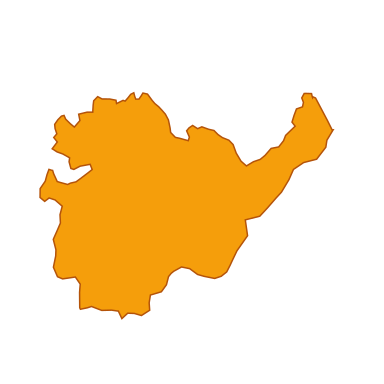 outline of Kios, Paphos, Cyprus, rotated 349°
{"feature_id": "46923920B64078224121545", "entity_name": "Kios", "entity_type": "district", "adm_level": 2, "iso_a3": "CYP", "parent_name": "Cyprus", "parent_adm1": "Paphos", "projection": "robinson", "projection_center": [32.529, 34.971], "detail": "fine", "context": "isolated", "style": "filled", "palette": "amber", "viewbox_px": 384, "rotation_deg": 349, "n_neighbors": 0, "source": "geoboundaries", "source_scale": "gbopen_adm2", "svg_char_len": 2085}
<svg xmlns="http://www.w3.org/2000/svg" viewBox="0 0 384 384"><g transform="rotate(349 192 192)"><path d="M320.9,116.7L317.7,120.6L318.5,125.3L316.7,129.5L310.4,130.4L306.8,136.3L303.5,142.5L305.8,147.1L299.9,150.9L294.7,154.3L291.6,159.2L285.7,164.3L278.0,164.3L270.7,170.0L265.2,173.0L258.1,174.0L250.4,176.8L246.0,171.1L242.8,162.2L241.4,153.3L238.1,148.2L232.2,144.4L228.5,140.6L225.3,135.8L220.3,133.6L214.1,129.9L209.6,130.9L205.3,126.8L201.3,128.5L198.4,130.9L199.9,137.6L198.1,140.9L190.1,136.9L186.1,135.2L182.4,129.5L182.7,125.0L182.6,116.8L180.7,110.5L178.1,106.0L175.6,102.0L172.4,98.1L170.4,94.6L167.0,87.4L162.7,85.5L160.3,88.1L157.6,90.7L154.5,90.1L154.0,87.1L153.8,83.5L150.5,84.4L147.3,87.2L143.7,90.0L141.8,88.9L134.8,90.8L134.9,87.4L128.9,85.0L121.5,83.5L117.6,80.4L112.9,83.7L111.6,87.7L109.8,94.7L104.2,93.6L95.6,94.0L95.6,100.5L88.9,105.8L85.6,101.8L81.9,96.4L81.0,92.4L78.3,92.6L74.1,95.5L70.1,99.4L69.7,103.6L70.4,109.1L66.7,112.1L69.3,117.2L63.0,122.9L67.2,126.9L72.4,130.0L78.4,135.1L77.1,138.9L77.6,145.8L80.3,147.3L87.1,145.3L97.3,145.4L98.3,150.9L93.5,153.4L84.5,157.8L80.1,159.9L74.3,160.1L71.4,160.9L64.3,157.4L61.7,156.0L59.7,147.8L59.3,144.2L58.4,143.9L55.9,142.5L53.0,147.3L50.0,153.4L43.6,159.7L41.8,168.4L45.6,173.1L50.6,170.6L56.1,173.7L61.9,181.2L58.1,189.1L56.9,197.4L52.6,203.7L46.8,212.0L47.4,222.8L46.0,228.8L41.6,239.4L43.8,249.5L48.4,252.6L61.3,253.2L64.7,261.1L62.5,269.0L59.7,284.2L60.1,285.8L67.2,285.7L71.5,285.2L80.8,291.0L90.4,292.6L97.0,294.9L99.0,302.9L105.8,298.7L112.2,300.2L118.8,303.6L127.9,300.0L128.8,292.6L131.5,285.2L142.9,284.1L149.2,278.2L152.8,270.6L156.0,267.9L159.0,266.3L167.4,263.6L175.1,266.8L181.7,274.0L187.8,277.1L197.8,281.2L204.6,280.3L210.8,277.1L215.5,271.1L218.3,267.2L224.9,258.3L238.2,245.5L239.0,229.5L253.9,228.7L263.2,221.9L273.3,214.0L279.8,209.2L289.5,198.4L295.9,189.2L307.2,184.4L320.6,183.6L331.9,173.6L334.3,166.9L342.4,157.9L341.4,157.8L338.6,147.7L331.2,123.3L328.9,121.7L328.4,122.4L328.2,121.0L328.1,118.2L322.3,116.9L320.9,116.7Z" fill="#f59e0b" stroke="#b45309" stroke-width="1.5"/></g></svg>